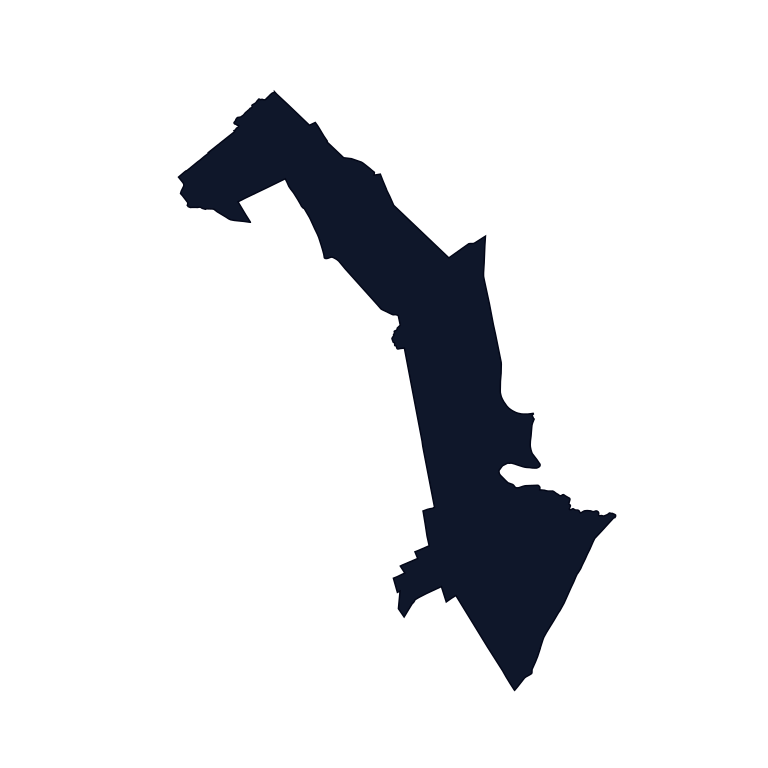 the district of Muñoz de Domingo Arenas, Tlaxcala, Mexico, rotated 35°
{"feature_id": "50627088B8354307803042", "entity_name": "Muñoz de Domingo Arenas", "entity_type": "district", "adm_level": 2, "iso_a3": "MEX", "parent_name": "Mexico", "parent_adm1": "Tlaxcala", "projection": "mercator", "projection_center": [-98.236, 19.501], "detail": "fine", "context": "isolated", "style": "filled", "palette": "ink", "viewbox_px": 768, "rotation_deg": 35, "n_neighbors": 0, "source": "geoboundaries", "source_scale": "gbopen_adm2", "svg_char_len": 6155}
<svg xmlns="http://www.w3.org/2000/svg" viewBox="0 0 768 768"><g transform="rotate(35 384 384)"><path d="M382.3,204.7L377.3,216.7L376.6,217.7L373.7,219.8L373.0,220.5L370.4,227.7L364.8,243.5L289.5,232.1L281.1,227.0L274.7,223.5L274.5,223.2L266.6,218.2L260.6,214.2L256.1,218.6L254.7,216.1L251.6,215.9L248.9,215.6L240.4,215.1L238.3,215.2L228.1,218.1L221.2,221.8L198.3,218.4L198.3,217.6L192.3,215.3L184.5,211.8L181.2,210.4L177.7,209.2L174.5,214.8L144.7,210.2L129.8,208.1L126.6,207.4L126.8,207.7L126.8,208.2L125.7,209.6L125.5,210.1L125.2,211.0L125.1,211.9L124.8,212.8L124.6,214.5L124.4,215.1L124.3,216.2L124.0,217.1L123.9,217.8L123.9,218.4L123.6,219.3L123.3,219.6L122.8,220.0L121.9,220.4L121.1,220.6L120.7,220.8L120.1,221.6L119.8,221.9L118.9,222.0L118.3,222.2L118.0,222.4L117.9,222.6L117.9,223.5L117.7,224.6L117.7,227.0L117.3,228.2L116.0,231.0L116.0,231.4L116.1,231.7L116.7,232.2L117.0,232.5L117.1,232.9L117.2,233.4L117.0,233.8L116.3,234.7L116.2,235.0L116.0,237.0L115.6,238.2L115.2,240.3L114.9,240.8L114.6,244.4L113.4,247.6L111.8,249.1L111.1,249.8L111.0,250.2L110.9,251.5L111.0,252.5L111.3,253.1L111.3,253.7L111.2,255.4L111.2,255.8L111.4,256.2L111.6,256.3L111.9,256.5L112.7,256.6L112.9,256.4L114.2,256.2L115.4,256.2L116.7,255.7L117.0,255.8L117.2,257.0L117.1,257.5L116.9,258.1L116.5,258.8L116.4,259.2L116.5,260.9L116.4,261.4L115.8,262.5L116.9,262.9L107.3,295.2L108.0,295.3L106.3,300.7L104.8,306.4L104.0,308.7L100.2,322.2L99.6,322.9L99.0,324.7L97.0,332.4L103.5,334.3L105.0,334.9L105.9,335.8L106.4,336.7L107.3,342.4L108.1,344.7L110.8,345.3L119.3,348.0L120.4,350.0L120.3,350.4L121.9,351.0L124.1,350.5L125.6,349.3L130.3,346.1L130.9,345.4L132.0,344.6L132.7,344.4L134.3,344.4L137.5,343.3L138.2,342.2L143.1,339.0L144.4,338.4L148.7,338.6L158.8,337.9L162.1,337.8L164.2,337.4L167.7,335.8L176.1,331.1L181.4,328.4L181.7,328.2L181.4,327.9L173.7,324.7L159.9,318.5L163.9,311.0L175.5,290.4L185.4,272.5L188.9,274.4L192.7,276.7L195.5,277.8L200.3,279.3L207.4,282.3L212.8,284.8L214.2,285.6L216.0,286.1L216.7,286.2L217.7,286.1L218.2,286.1L218.7,286.3L227.2,290.2L229.1,291.2L238.1,296.5L243.5,299.5L246.5,301.4L253.2,306.5L257.1,309.6L260.3,312.3L262.7,314.8L263.7,314.9L264.3,314.6L265.3,313.9L266.3,312.7L267.3,311.2L268.5,309.9L270.0,309.5L272.3,309.2L273.7,309.1L274.8,309.1L276.6,309.3L286.4,312.0L332.8,322.8L338.4,324.2L338.9,324.2L340.1,324.1L351.1,322.3L352.0,321.9L353.6,320.6L355.2,320.0L356.0,319.8L356.6,320.0L356.8,320.1L363.6,326.5L362.8,330.5L362.9,330.8L363.4,331.9L363.4,332.3L363.3,332.9L362.2,334.7L362.2,335.0L362.3,335.2L363.4,336.2L363.5,337.9L363.6,338.3L364.1,338.5L364.3,338.8L364.2,341.1L364.3,341.6L364.5,342.3L366.3,343.6L367.6,344.5L367.9,344.5L368.3,344.4L368.9,344.1L369.1,344.2L369.6,344.9L370.6,346.2L370.8,346.3L371.0,346.3L371.8,345.9L372.2,345.9L373.9,347.2L374.4,347.5L374.8,347.5L375.2,347.4L375.6,347.1L376.9,345.7L380.1,342.9L447.9,408.9L451.5,412.8L455.8,417.0L496.1,456.0L495.5,457.0L495.2,457.9L493.3,459.7L491.4,461.9L488.8,465.7L489.3,466.1L498.2,475.2L506.7,484.1L513.8,490.6L507.3,501.2L505.6,503.7L511.7,507.6L502.8,521.9L501.8,523.8L509.5,526.9L507.9,529.7L505.4,534.2L503.1,537.7L514.5,547.0L515.9,544.4L524.7,559.8L534.1,563.3L533.9,559.9L533.6,555.9L533.2,549.6L533.1,546.8L533.5,546.4L533.4,544.1L533.2,543.0L533.3,542.6L535.1,538.6L538.9,531.4L547.2,517.0L560.0,526.8L562.2,520.7L564.2,516.0L619.7,540.1L645.5,550.8L652.0,553.9L658.9,556.9L666.2,559.9L666.7,560.0L667.1,555.4L667.7,544.3L668.2,542.6L670.3,538.3L671.0,536.5L670.7,535.5L669.0,532.9L667.5,525.0L666.1,519.0L663.7,511.1L663.2,509.9L660.8,502.2L660.2,499.8L659.6,494.3L659.2,487.5L658.8,480.3L658.1,471.5L658.1,468.8L657.2,460.2L653.9,443.1L652.9,437.1L651.7,431.7L651.2,428.7L651.3,427.5L651.2,425.3L651.0,422.3L650.3,418.9L649.2,411.9L648.2,406.8L647.4,401.3L645.8,393.5L645.2,389.6L646.9,377.6L647.3,374.3L648.9,362.1L649.8,360.9L649.7,360.6L649.6,359.5L649.2,358.9L648.8,358.5L648.1,358.5L647.6,358.5L646.6,358.8L645.5,358.9L644.6,359.5L642.9,360.2L642.6,360.4L642.5,360.7L642.5,361.1L641.9,362.8L641.5,363.5L640.0,365.8L639.5,366.3L637.8,366.9L637.4,367.2L636.3,368.2L636.0,368.4L635.6,368.4L635.3,368.4L635.0,368.2L634.8,368.1L633.9,366.5L633.2,366.1L632.9,365.9L632.0,365.9L631.2,365.9L630.5,366.4L630.1,366.7L629.2,368.1L628.4,368.6L627.4,369.1L626.7,369.2L626.2,369.3L623.1,371.1L622.0,372.0L621.1,372.8L620.6,373.5L619.9,375.0L619.4,376.2L619.1,376.7L618.9,376.9L618.3,376.9L616.9,376.1L615.8,376.0L615.1,376.1L613.3,377.3L612.7,377.5L612.0,377.6L610.7,377.6L610.3,377.9L610.0,378.1L609.4,379.5L608.7,380.1L608.3,380.4L607.7,380.3L607.5,380.2L606.6,376.9L606.3,376.6L605.7,376.3L604.6,376.3L604.2,376.1L603.9,375.7L602.7,372.2L602.2,371.5L601.6,371.2L601.0,371.2L600.3,371.2L599.5,371.5L598.5,371.4L597.1,371.6L594.6,371.6L593.8,372.3L593.6,372.8L593.3,373.8L592.5,374.4L591.8,374.7L589.8,374.6L587.9,374.8L584.8,374.7L583.7,374.9L583.2,375.2L580.0,377.5L578.6,378.2L576.4,379.0L572.2,381.4L571.4,379.8L570.9,379.2L570.6,379.0L569.6,378.7L569.0,378.6L568.4,378.6L568.1,378.7L558.1,386.3L556.6,388.0L554.1,391.4L553.4,392.1L552.5,392.8L551.8,393.2L550.7,393.3L550.1,393.2L548.4,392.6L547.6,392.5L547.0,392.5L542.6,393.7L542.2,393.8L538.9,393.3L531.8,392.0L530.3,391.5L528.7,390.2L527.9,389.0L527.8,388.8L527.9,383.8L528.1,382.7L530.6,378.0L532.6,376.7L533.0,376.2L533.8,375.7L536.8,374.6L540.0,373.7L545.4,372.0L547.4,371.2L548.9,370.4L551.5,368.8L553.5,367.8L555.7,366.4L557.2,365.3L557.8,364.5L558.5,363.2L558.7,362.2L558.7,361.5L558.1,360.5L557.3,360.0L556.3,359.7L553.0,358.4L545.4,356.0L544.0,355.1L542.1,353.6L540.0,351.6L538.7,350.0L536.6,346.7L534.4,342.5L529.5,334.1L528.7,332.6L528.0,330.5L527.1,326.6L526.6,326.6L526.0,326.4L524.9,325.6L524.2,325.5L523.6,325.2L523.5,324.9L523.4,324.2L523.6,322.9L523.0,322.5L520.9,324.5L519.0,326.2L515.9,328.4L513.8,329.7L510.5,331.1L508.4,331.7L505.8,332.1L503.7,332.3L501.7,332.3L499.9,332.2L497.4,331.7L492.2,329.8L489.6,328.5L487.6,327.3L485.9,325.9L484.2,324.3L483.0,322.7L477.9,315.1L473.8,308.1L468.8,300.6L467.5,299.0L446.8,279.3L439.4,272.5L424.4,257.9L406.8,241.6L404.1,239.0L403.3,238.0L401.7,235.7L396.6,227.4L387.3,212.9L382.3,204.7Z" fill="#0f172a" stroke="#020617" stroke-width="1.5"/></g></svg>